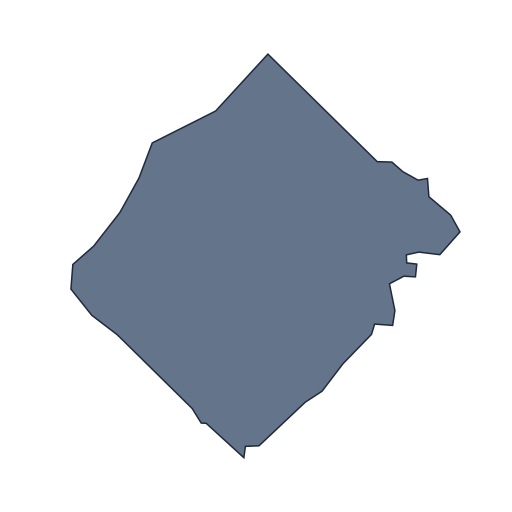 the district of Dickson, Tennessee, United States of America, rotated 37°
{"feature_id": "52423323B89058096253104", "entity_name": "Dickson", "entity_type": "district", "adm_level": 2, "iso_a3": "USA", "parent_name": "United States of America", "parent_adm1": "Tennessee", "projection": "albers", "projection_center": [-87.293, 36.147], "detail": "fine", "context": "isolated", "style": "filled", "palette": "slate", "viewbox_px": 512, "rotation_deg": 37, "n_neighbors": 0, "source": "geoboundaries", "source_scale": "gbopen_adm2", "svg_char_len": 645}
<svg xmlns="http://www.w3.org/2000/svg" viewBox="0 0 512 512"><g transform="rotate(37 256 256)"><path d="M144.0,87.6L136.5,164.5L105.1,228.1L115.6,264.1L121.1,303.1L120.4,345.8L114.8,373.0L128.1,393.8L160.6,402.2L192.6,402.4L296.8,416.2L312.8,422.4L316.9,419.6L367.7,424.4L362.1,414.4L372.6,405.8L383.3,343.2L390.1,324.2L390.3,289.6L395.4,249.1L391.7,239.0L406.9,229.2L399.8,216.0L379.3,197.9L386.2,183.2L395.9,176.7L389.3,165.7L380.5,170.8L375.4,164.6L383.7,154.9L402.0,144.3L404.4,114.0L386.9,106.2L358.4,104.6L346.3,90.9L339.8,97.9L322.4,100.3L308.0,99.2L296.0,107.7L144.0,87.6Z" fill="#64748b" stroke="#1e293b" stroke-width="1.5"/></g></svg>